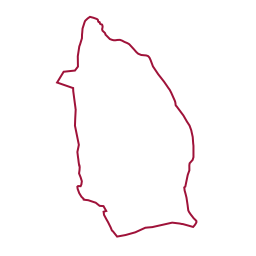 Melhan, Al Hudaydah, Yemen (Mercator projection), rotated 183°
{"feature_id": "15242507B19184333962868", "entity_name": "Melhan", "entity_type": "district", "adm_level": 2, "iso_a3": "YEM", "parent_name": "Yemen", "parent_adm1": "Al Hudaydah", "projection": "mercator", "projection_center": [43.334, 15.324], "detail": "fine", "context": "isolated", "style": "outline", "palette": "rose", "viewbox_px": 256, "rotation_deg": 183, "n_neighbors": 0, "source": "geoboundaries", "source_scale": "gbopen_adm2", "svg_char_len": 2275}
<svg xmlns="http://www.w3.org/2000/svg" viewBox="0 0 256 256"><g transform="rotate(183 128 128)"><path d="M81.7,153.8L81.9,155.1L82.2,156.4L82.7,157.7L86.7,165.5L88.4,168.4L90.2,170.6L90.7,171.3L92.4,173.5L94.4,176.1L100.6,183.2L103.0,186.4L106.3,190.8L109.0,197.0L110.2,199.3L111.1,200.3L111.8,200.9L113.6,201.4L118.6,201.6L121.7,202.7L123.6,204.2L126.5,207.2L131.1,211.7L133.0,212.7L136.1,213.8L138.4,214.9L139.3,215.2L140.7,215.6L143.0,215.4L145.5,214.9L147.0,214.9L148.6,215.2L150.8,215.9L155.4,220.1L155.6,220.9L156.1,221.8L157.2,222.7L158.6,223.9L158.8,224.6L159.0,225.2L159.0,225.7L158.8,226.3L158.7,227.3L158.7,228.3L158.9,228.9L159.2,229.7L159.5,230.0L160.1,230.1L160.5,230.2L161.1,230.4L161.4,230.8L161.6,231.1L161.7,231.6L161.7,232.0L162.0,232.3L162.3,232.3L162.8,232.3L163.1,232.5L163.4,233.0L163.5,233.6L163.7,234.3L164.0,234.7L164.6,235.1L165.7,235.5L168.4,236.3L171.8,237.0L174.0,235.3L176.3,232.9L176.6,232.2L176.9,231.4L178.6,224.9L178.7,220.7L178.8,219.0L178.7,215.2L180.3,208.8L180.9,207.0L181.9,197.0L181.2,186.7L184.0,182.6L195.2,180.8L201.2,169.7L189.1,166.2L185.0,165.0L184.9,165.0L184.6,161.9L182.1,148.4L181.6,145.8L181.5,145.0L181.2,143.7L181.2,134.8L181.2,134.5L181.1,128.5L181.1,127.6L176.2,108.6L176.6,105.9L176.8,104.6L177.3,101.4L176.3,95.7L176.2,95.2L176.1,94.8L175.5,91.3L174.8,88.0L174.5,88.0L174.2,86.4L174.2,83.6L174.5,80.1L172.7,76.2L171.3,72.4L171.6,69.2L172.3,67.4L174.8,67.4L175.5,66.7L175.1,64.6L173.3,60.4L170.9,56.9L168.6,54.9L168.6,54.2L168.4,54.1L163.9,53.8L160.3,52.8L156.3,51.7L152.3,48.8L148.4,48.7L145.4,44.0L148.0,43.1L147.4,40.0L144.6,35.4L143.1,33.1L140.1,27.8L138.7,24.8L137.7,24.1L133.2,19.0L124.8,21.0L115.3,24.2L105.5,29.3L102.9,29.7L98.5,30.3L96.8,30.8L80.0,35.5L78.9,35.8L71.4,35.3L68.9,34.9L68.5,35.0L62.6,33.7L57.8,32.6L56.9,33.7L55.9,35.1L54.8,37.2L54.8,37.8L54.8,38.6L55.6,39.5L57.7,41.3L59.4,43.3L60.9,45.0L62.7,47.4L63.5,48.9L64.2,52.7L64.4,53.9L65.9,61.3L66.0,61.7L67.1,65.3L68.2,68.6L68.3,69.3L68.7,71.6L67.7,72.5L66.0,83.6L65.8,84.6L64.5,88.9L64.8,94.0L64.6,96.0L61.8,99.5L61.1,102.3L61.7,113.6L62.1,116.0L62.9,122.4L64.2,127.1L64.7,129.0L66.7,133.7L69.5,137.5L73.4,143.5L75.0,145.4L80.7,152.3L81.0,152.5L81.4,152.9L81.6,153.3L81.6,153.5L81.7,153.8Z" fill="none" stroke="#9f1239" stroke-width="2"/></g></svg>